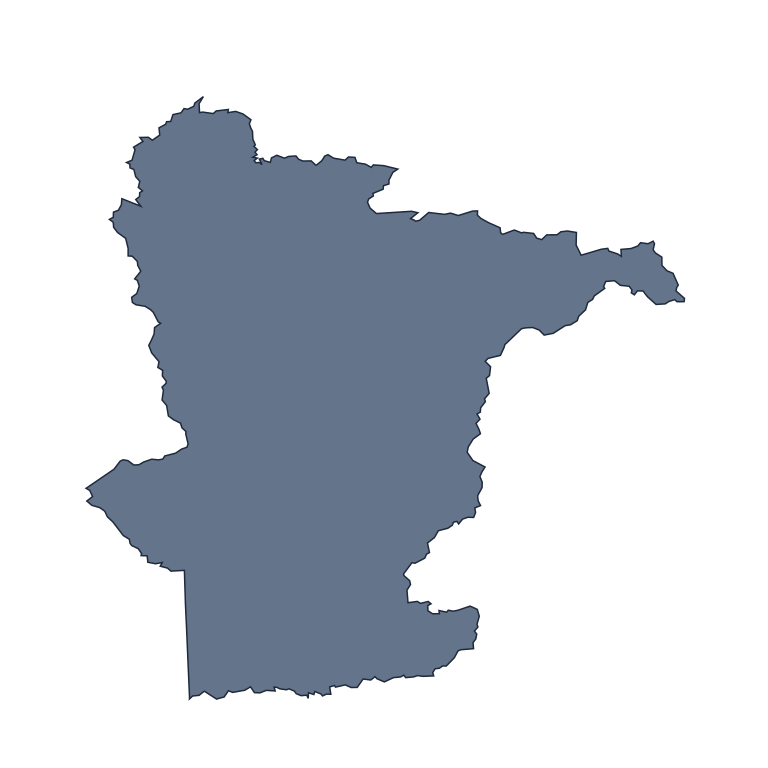 Utuado, Puerto Rico (Equal Earth projection), rotated 264°
{"feature_id": "32010507B18801000784875", "entity_name": "Utuado", "entity_type": "district", "adm_level": 2, "iso_a3": "PRI", "parent_name": "Puerto Rico", "parent_adm1": "", "projection": "equal_earth", "projection_center": [-66.695, 18.25], "detail": "fine", "context": "isolated", "style": "filled", "palette": "slate", "viewbox_px": 768, "rotation_deg": 264, "n_neighbors": 0, "source": "geoboundaries", "source_scale": "gbopen_adm2", "svg_char_len": 5062}
<svg xmlns="http://www.w3.org/2000/svg" viewBox="0 0 768 768"><g transform="rotate(264 384 384)"><path d="M595.7,142.7L589.6,141.5L584.6,138.0L583.2,132.9L578.1,132.2L576.4,128.1L573.2,131.6L568.0,131.5L562.5,134.9L555.8,142.3L545.6,143.7L538.1,142.9L537.4,147.0L531.7,151.5L527.7,151.5L521.6,153.9L514.6,147.0L512.9,149.5L506.9,150.8L499.8,147.6L496.6,142.1L491.4,142.3L488.7,145.6L486.3,154.4L482.4,159.5L479.3,162.1L469.5,165.9L467.7,168.2L464.1,161.7L457.8,160.6L452.0,157.3L447.0,154.1L439.2,156.2L429.7,162.6L424.1,160.8L420.6,165.4L420.2,165.2L415.2,164.4L409.6,167.7L407.5,167.4L404.1,162.9L400.9,164.0L391.3,161.6L385.3,165.6L374.8,166.2L370.6,170.8L366.3,177.5L361.5,178.5L357.4,182.1L355.2,181.6L344.9,182.9L341.7,181.4L340.4,175.8L337.0,169.5L335.4,158.5L332.5,156.2L332.1,151.8L333.5,145.2L331.6,137.0L329.3,131.7L329.6,126.7L334.6,121.3L335.9,116.6L334.8,113.5L327.5,106.6L311.4,76.8L308.9,80.2L302.5,82.4L298.7,76.2L293.9,80.7L290.8,88.3L286.7,93.0L280.7,95.1L275.1,100.0L260.5,108.9L256.2,114.5L252.0,114.8L249.6,116.3L245.9,122.4L240.8,125.1L238.7,124.5L237.9,130.5L231.4,130.5L229.1,138.0L229.6,144.8L226.2,142.4L223.5,149.5L220.2,152.5L219.5,166.0L185.6,163.5L165.0,162.3L163.2,162.2L92.3,157.8L91.1,157.6L93.7,161.0L93.7,167.5L97.3,173.2L88.1,184.6L88.6,186.8L89.4,192.3L95.2,197.2L93.1,201.3L94.0,213.6L96.8,219.6L90.6,222.9L89.8,228.3L91.6,235.0L90.1,243.7L94.0,243.0L93.5,245.7L91.7,248.6L90.1,255.1L90.8,257.6L87.9,262.8L85.2,264.3L82.7,269.0L82.6,274.6L79.3,275.8L84.8,276.6L82.5,281.8L85.4,283.0L82.4,288.8L80.2,290.3L81.6,294.4L81.0,298.7L88.4,298.3L89.3,303.2L87.6,304.1L88.8,314.0L85.6,319.6L85.0,325.6L92.8,332.4L91.0,339.9L93.9,344.5L91.6,346.2L87.7,353.2L91.0,362.8L90.9,369.7L92.3,373.3L89.7,374.9L89.6,382.9L90.5,386.9L89.2,392.0L88.5,402.9L92.0,402.3L95.5,405.2L95.5,409.3L97.5,413.0L97.0,416.4L104.4,425.3L110.8,429.7L111.7,432.7L111.4,445.4L117.4,445.5L120.9,448.7L125.7,450.1L128.8,448.1L132.5,452.0L135.4,451.4L143.1,454.5L150.1,453.2L154.1,446.4L151.3,434.0L150.8,429.2L152.3,424.3L150.5,422.4L153.0,415.0L149.8,415.1L150.4,408.3L153.9,404.0L159.0,404.3L160.5,407.8L163.1,405.2L162.0,397.4L164.3,394.4L164.0,385.0L176.6,385.3L181.8,389.4L185.7,389.0L191.5,383.6L193.3,383.8L203.4,393.2L202.5,396.1L206.6,406.4L210.3,408.5L211.6,411.6L221.3,410.6L226.0,418.1L232.4,422.7L233.9,432.5L236.4,437.2L239.3,438.7L239.7,442.2L237.0,443.6L241.4,448.0L242.7,453.4L241.9,459.2L246.5,461.6L251.3,461.4L253.0,467.3L258.0,465.4L263.2,465.5L270.7,470.7L276.1,471.4L282.0,469.7L286.6,472.4L290.9,475.8L298.6,464.4L307.4,459.6L312.6,461.2L319.9,466.9L324.5,474.7L329.0,473.7L335.2,471.4L339.0,475.8L344.5,473.4L345.3,475.3L345.9,476.8L350.3,477.7L355.9,483.0L358.7,482.4L363.7,487.6L379.0,486.3L381.3,489.8L390.0,491.8L396.0,487.0L398.6,490.2L400.3,502.8L407.9,507.3L410.6,508.3L412.4,510.8L424.5,526.4L424.9,528.4L425.0,531.9L424.6,537.9L421.4,544.0L415.9,548.4L416.7,557.6L423.1,570.3L423.4,575.8L426.8,582.8L431.0,584.7L436.7,592.2L443.8,595.2L446.3,600.3L449.6,602.3L456.0,613.5L458.0,612.6L462.8,615.2L462.6,624.1L457.4,629.4L455.6,638.0L451.6,640.4L448.8,639.5L446.5,642.3L450.1,645.7L449.4,651.4L443.3,655.1L434.7,662.9L434.3,672.1L436.3,676.0L437.5,682.0L435.2,684.0L434.5,691.1L437.7,691.8L446.1,684.1L449.5,685.3L451.6,687.0L463.9,683.0L467.0,677.3L472.9,672.8L481.1,673.6L486.1,667.5L489.4,665.7L495.2,667.7L497.9,666.6L495.9,661.3L497.7,653.9L494.7,650.8L492.9,643.8L493.1,633.7L486.2,633.4L488.9,630.0L492.7,621.6L495.5,620.7L495.3,614.1L493.3,603.5L491.5,593.5L502.1,589.6L514.6,591.2L517.0,582.4L516.9,575.8L514.3,571.7L515.3,561.4L511.1,556.0L513.1,551.1L518.1,548.5L520.3,538.6L519.9,536.7L523.5,529.7L520.4,517.6L522.2,515.8L527.2,515.8L533.3,505.2L538.6,497.6L542.1,494.6L546.4,495.1L546.7,490.1L543.8,475.5L547.0,468.0L546.4,461.9L549.9,446.4L543.1,436.5L542.6,432.3L543.8,431.3L545.7,427.7L550.8,435.6L552.9,429.5L554.3,394.3L560.3,388.6L566.5,386.6L569.6,388.1L572.1,393.1L574.7,392.9L577.8,403.5L581.3,404.2L582.4,409.8L586.4,410.3L593.5,414.9L596.3,420.2L601.2,406.5L603.0,396.3L600.8,393.9L604.6,388.5L606.9,380.1L612.4,378.8L613.5,372.4L610.7,368.7L613.9,357.4L617.9,352.3L616.9,348.9L612.6,345.5L609.1,340.3L608.7,339.1L613.5,334.9L614.2,326.7L616.4,322.6L620.0,320.3L620.3,312.9L619.0,308.6L622.7,301.3L620.6,295.7L616.3,294.1L618.6,288.3L621.1,287.1L620.7,283.5L614.9,285.7L617.3,283.1L617.5,279.6L619.7,278.2L621.9,281.6L623.2,277.2L625.3,281.7L628.1,279.9L630.3,282.6L634.0,279.5L635.3,281.0L641.1,279.2L649.0,279.6L652.7,278.2L657.0,277.3L660.7,279.3L667.3,272.0L670.6,265.0L670.2,257.0L673.3,257.9L673.1,245.6L670.8,242.5L673.4,232.0L673.2,228.9L682.1,229.4L688.7,234.4L683.2,225.3L680.1,223.9L677.8,217.5L678.8,213.9L674.9,210.5L674.0,202.3L667.4,199.3L667.6,195.2L665.1,194.0L662.3,187.0L655.0,187.0L650.7,179.1L654.0,175.4L654.7,167.0L650.4,169.6L645.7,159.7L643.0,160.9L632.9,156.8L631.2,151.1L629.3,154.2L625.5,154.0L623.4,157.7L616.2,158.7L611.1,162.3L605.2,160.2L601.3,164.0L599.8,161.0L596.0,160.5L593.4,156.4L586.2,160.7L595.7,142.7Z" fill="#64748b" stroke="#1e293b" stroke-width="1.5"/></g></svg>